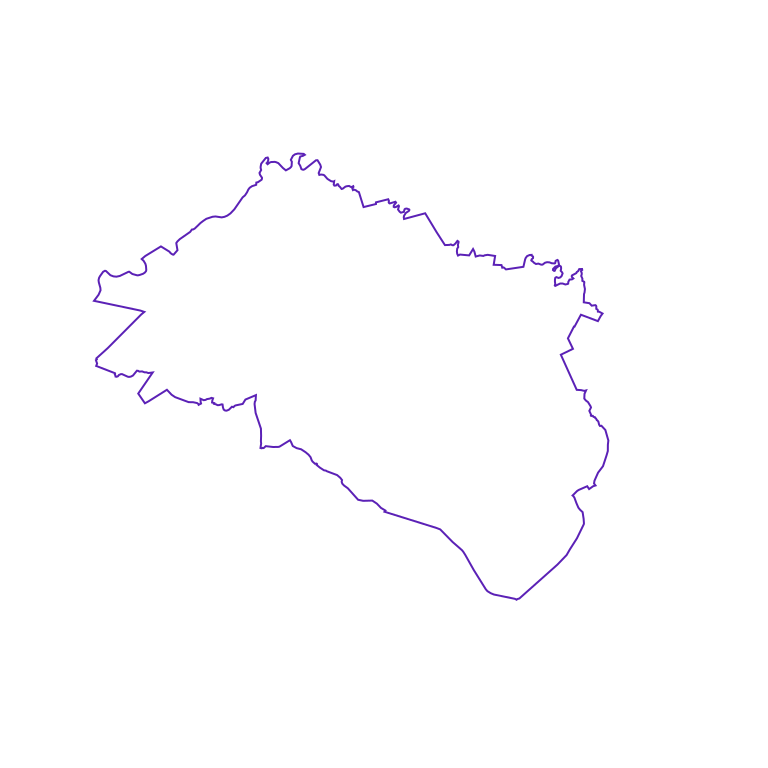 Cociuba Mare, Bihor, Romania (Robinson projection), rotated 326°
{"feature_id": "2599482B9172762662109", "entity_name": "Cociuba Mare", "entity_type": "district", "adm_level": 2, "iso_a3": "ROU", "parent_name": "Romania", "parent_adm1": "Bihor", "projection": "robinson", "projection_center": [22.04, 46.715], "detail": "fine", "context": "isolated", "style": "outline", "palette": "violet", "viewbox_px": 768, "rotation_deg": 326, "n_neighbors": 0, "source": "geoboundaries", "source_scale": "gbopen_adm2", "svg_char_len": 6166}
<svg xmlns="http://www.w3.org/2000/svg" viewBox="0 0 768 768"><g transform="rotate(326 384 384)"><path d="M604.6,447.8L602.8,444.4L601.8,443.6L602.6,442.2L602.6,441.6L602.0,440.4L603.4,438.4L603.6,437.6L603.3,436.8L600.0,435.2L599.5,431.9L595.3,428.0L600.1,421.3L601.4,420.3L603.7,417.6L605.3,413.7L607.0,411.6L607.1,411.2L606.1,409.4L607.4,407.6L607.9,404.7L609.0,403.9L610.0,402.6L610.4,400.5L612.1,400.3L612.5,399.4L610.1,397.9L608.0,399.0L606.4,399.0L605.4,399.6L600.7,399.1L600.0,399.5L599.6,400.4L600.0,402.4L598.4,402.4L596.2,401.2L593.9,402.4L592.8,403.8L592.3,403.8L590.0,402.9L588.3,400.6L586.2,399.2L580.8,398.4L580.7,397.8L582.0,396.7L582.9,394.8L584.3,392.8L585.5,391.7L586.7,391.8L588.0,393.7L589.8,394.2L591.6,393.8L593.9,392.2L594.1,391.1L593.8,388.9L595.2,387.6L596.2,386.0L596.3,385.3L595.9,384.5L595.4,383.9L591.1,384.2L588.9,385.6L588.3,385.4L587.8,384.0L588.6,383.1L591.8,382.5L594.0,383.3L595.8,383.1L597.4,379.0L597.1,378.1L595.2,377.9L593.5,379.5L592.9,379.5L590.6,377.7L589.2,375.7L587.3,374.2L585.3,373.5L582.2,373.7L581.0,372.9L579.3,370.5L577.1,369.5L576.1,367.3L576.0,366.3L575.2,364.0L576.1,363.2L577.9,363.0L578.7,362.0L578.8,361.5L578.0,359.7L578.4,359.4L576.9,358.5L574.2,358.0L572.0,358.7L570.7,359.6L565.1,364.8L549.2,357.2L548.5,354.6L548.1,354.0L547.1,353.7L547.9,351.1L541.6,346.5L547.7,340.0L542.2,334.9L539.4,333.6L538.0,333.4L535.3,331.0L531.3,329.6L533.0,324.7L533.3,321.9L526.5,325.0L519.4,319.2L517.2,318.9L517.5,317.0L518.6,314.8L520.4,312.7L522.1,312.0L523.1,309.9L525.0,308.3L525.4,307.6L524.9,306.4L521.7,307.5L519.2,307.8L518.3,307.2L517.5,305.7L515.9,305.2L512.2,302.9L512.5,287.8L513.6,265.5L492.9,258.4L493.7,256.7L494.8,255.7L497.7,254.4L501.5,254.4L502.4,253.9L502.5,253.4L501.0,251.3L499.6,250.6L498.7,250.7L496.7,252.4L493.8,251.4L493.3,249.9L493.2,247.2L495.9,244.9L495.9,244.1L492.8,243.9L491.6,243.4L491.1,242.6L491.7,241.7L492.4,241.3L495.4,240.4L495.4,239.3L489.7,237.5L489.4,237.0L489.5,236.0L490.5,234.9L490.8,233.2L478.9,228.9L478.0,230.3L466.0,225.9L470.5,210.9L469.5,209.4L469.0,207.6L467.7,206.0L466.7,205.9L467.1,204.1L468.9,203.5L469.1,202.8L467.4,202.6L466.7,202.1L465.8,200.3L463.9,199.3L462.4,198.8L459.0,199.0L457.9,198.6L457.7,195.9L457.2,194.2L457.6,193.2L457.5,192.5L456.9,192.2L455.2,192.6L453.8,191.8L453.8,190.6L456.1,188.0L455.2,187.9L453.5,186.2L451.8,182.3L451.2,177.6L450.7,176.7L448.9,175.1L447.3,174.5L447.8,172.6L453.1,168.9L453.8,166.5L454.0,161.3L452.7,160.5L438.6,161.6L437.2,161.4L436.5,160.9L435.7,159.7L436.6,156.1L436.7,153.2L441.0,149.1L441.8,148.6L444.3,149.5L446.5,149.7L446.1,148.3L441.5,144.8L438.6,143.8L436.1,143.9L432.1,146.1L431.9,148.2L429.3,151.6L428.3,152.1L426.5,152.4L422.1,152.0L421.0,148.4L419.9,141.8L418.6,139.8L417.7,138.8L414.6,136.9L413.1,136.5L410.4,136.7L410.2,135.3L411.0,135.2L412.7,134.2L414.0,132.7L414.2,131.2L412.4,130.5L405.4,132.7L403.4,134.7L402.5,135.9L401.8,137.9L398.8,139.4L398.2,141.2L398.2,144.7L397.6,145.6L396.7,146.2L392.4,146.2L390.8,145.6L389.4,147.4L385.2,146.2L382.4,146.2L380.3,146.9L377.6,148.5L374.2,149.9L371.2,150.2L357.6,155.5L352.1,156.7L348.3,156.8L345.2,156.2L342.6,155.1L338.0,150.9L335.4,149.5L329.1,147.7L325.4,147.7L321.9,147.9L314.1,149.3L312.4,149.2L311.1,148.5L308.4,149.5L295.7,149.7L292.4,150.3L290.6,151.0L287.6,157.6L281.9,159.1L281.5,158.9L280.7,157.5L280.2,155.9L280.1,154.3L276.0,145.2L257.7,144.4L253.0,144.9L253.6,147.5L253.4,150.9L252.7,153.0L250.7,156.5L249.9,157.3L248.1,157.9L245.9,157.9L242.5,157.0L240.7,156.3L239.9,155.6L236.9,152.1L235.6,148.5L234.9,148.1L225.4,146.7L222.2,145.4L219.9,143.5L218.0,140.8L216.7,134.9L216.0,134.1L213.9,133.9L208.8,135.8L207.1,136.7L205.4,138.3L204.4,140.3L202.6,145.7L201.4,147.8L197.3,150.4L190.1,152.9L223.1,186.9L225.6,190.2L221.6,190.6L174.8,199.8L159.9,201.9L159.7,203.0L158.5,203.1L157.6,206.6L155.5,208.1L167.0,224.6L166.8,225.2L166.2,225.5L166.0,227.0L165.6,227.7L166.4,228.5L167.7,228.8L169.3,228.3L171.4,228.7L172.4,229.4L175.6,234.6L176.5,235.5L178.2,236.3L180.6,236.6L186.6,234.8L187.6,235.7L188.1,236.9L190.5,238.3L192.0,240.4L193.5,241.4L194.7,243.1L198.7,245.1L174.9,254.5L175.0,266.3L179.1,266.7L200.8,267.4L201.9,274.1L203.5,278.1L211.9,289.8L215.6,292.4L218.4,295.3L218.9,296.7L218.7,297.6L221.4,297.9L221.9,296.4L223.6,293.6L225.5,296.6L227.2,297.4L228.7,297.5L231.4,298.7L233.2,299.0L234.3,300.3L232.6,301.5L231.1,303.2L232.6,304.9L232.0,305.4L233.4,307.0L234.1,308.4L235.3,309.2L238.1,310.1L238.7,310.7L237.4,313.3L236.8,315.6L237.4,317.1L238.6,318.1L241.0,318.6L245.2,317.8L246.2,319.0L248.0,318.6L249.1,318.8L255.7,321.5L260.4,319.4L271.6,321.6L268.4,325.8L267.0,326.5L265.5,328.2L261.4,336.2L257.0,352.2L253.1,358.3L249.9,362.7L248.9,364.6L245.8,368.0L246.5,368.8L247.5,369.0L247.8,369.5L248.5,369.8L251.2,369.4L256.7,374.1L260.9,376.9L262.3,377.5L274.6,378.0L274.5,380.1L273.7,384.4L275.7,388.3L278.8,391.8L280.8,396.6L281.9,400.4L282.2,403.6L281.4,406.9L281.4,408.4L282.2,411.6L283.5,412.2L283.7,412.5L283.7,413.0L282.9,413.5L284.1,417.5L286.0,422.0L287.4,423.3L287.8,424.3L294.2,433.3L295.3,437.3L295.5,440.2L294.2,441.4L293.7,443.3L294.1,445.8L295.7,450.2L297.8,465.5L301.4,469.2L309.1,474.1L311.2,479.2L312.2,485.0L314.4,489.7L313.0,490.2L347.0,532.7L349.3,536.0L352.5,553.3L355.7,565.3L355.9,567.4L355.8,571.1L354.4,588.4L353.6,611.1L353.9,613.6L355.5,617.1L357.4,620.0L372.4,635.3L373.3,637.0L374.1,636.8L376.3,637.5L426.8,630.7L439.8,627.9L445.5,625.1L457.7,619.8L471.2,612.0L471.8,611.4L474.1,607.4L477.0,601.3L476.2,597.8L476.0,595.2L476.9,590.4L478.3,584.7L478.3,582.9L478.0,581.9L484.1,580.7L486.1,580.7L495.3,582.4L495.3,585.8L500.3,585.7L502.6,586.4L502.5,583.9L504.4,581.9L511.9,577.2L519.6,574.6L528.5,567.7L532.1,564.7L535.6,559.6L538.4,556.3L541.8,545.9L540.9,540.2L539.6,539.6L539.6,538.0L540.7,535.0L540.5,533.3L540.2,533.0L540.5,531.2L540.1,530.5L540.3,529.5L539.3,528.4L539.3,527.2L537.9,526.3L537.8,525.9L538.5,525.2L539.2,521.1L542.5,519.2L542.8,517.9L543.0,513.1L542.1,510.5L541.9,508.1L544.7,504.3L547.9,502.3L546.2,501.7L544.0,499.3L540.5,496.6L547.0,458.6L560.3,460.5L562.0,449.0L573.6,442.6L574.0,443.0L586.0,436.7L596.5,451.5L601.5,448.9L604.6,447.8Z" fill="none" stroke="#5b21b6" stroke-width="2"/></g></svg>